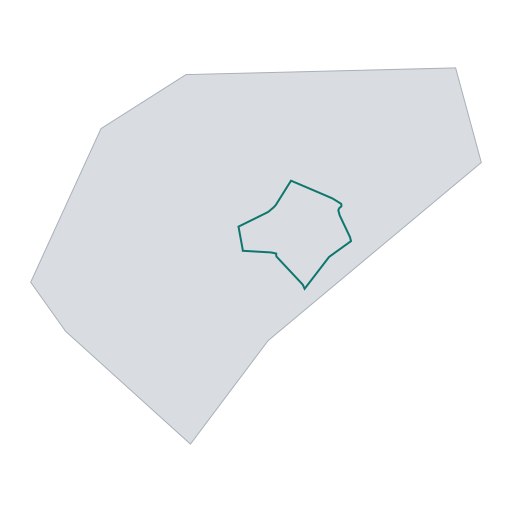 Saint Joseph on a map of Barbados (Mercator projection), rotated 90°
{"feature_id": "BRB-1994", "entity_name": "Saint Joseph", "entity_type": "Parish", "adm_level": 1, "iso_a3": "BRB", "parent_name": "Barbados", "parent_adm1": "", "projection": "mercator", "projection_center": [-59.553, 13.212], "detail": "fine", "context": "in_parent", "style": "outline", "palette": "teal", "viewbox_px": 512, "rotation_deg": 90, "n_neighbors": 0, "source": "natural_earth", "source_scale": "10m", "svg_char_len": 691}
<svg xmlns="http://www.w3.org/2000/svg" viewBox="0 0 512 512"><g transform="rotate(90 256 256)"><path d="M331.3,446.4L282.2,481.3L128.6,411.0L74.6,326.0L67.9,56.4L162.5,30.7L340.6,243.9L444.1,321.6L331.3,446.4Z" fill="#d9dde1" stroke="#a8b0b8" stroke-width="1"/><path d="M241.1,161.0L256.9,182.9L288.8,207.4L284.7,209.2L256.6,235.5L255.8,235.7L255.1,235.8L253.6,235.8L252.8,239.1L252.4,241.6L250.8,269.2L249.6,269.3L226.6,273.5L212.0,243.9L207.4,238.4L205.0,236.2L180.7,221.0L198.4,179.6L203.8,170.9L204.8,170.6L205.5,170.6L206.1,170.6L206.6,170.9L207.0,171.3L207.6,172.2L208.1,172.7L210.2,173.7L215.4,172.3L237.1,162.0L241.1,161.0Z" fill="none" stroke="#0f766e" stroke-width="2"/></g></svg>